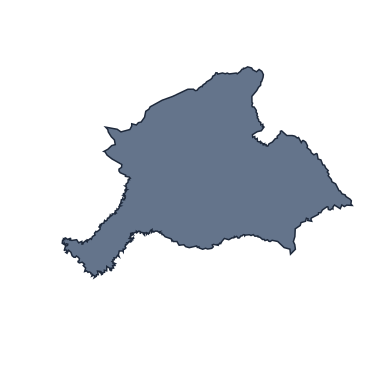 Mwinilunga, North-Western, Zambia (Robinson projection), rotated 65°
{"feature_id": "96606910B26185337086625", "entity_name": "Mwinilunga", "entity_type": "district", "adm_level": 2, "iso_a3": "ZMB", "parent_name": "Zambia", "parent_adm1": "North-Western", "projection": "robinson", "projection_center": [24.888, -12.156], "detail": "fine", "context": "isolated", "style": "filled", "palette": "slate", "viewbox_px": 384, "rotation_deg": 65, "n_neighbors": 0, "source": "geoboundaries", "source_scale": "gbopen_adm2", "svg_char_len": 6041}
<svg xmlns="http://www.w3.org/2000/svg" viewBox="0 0 384 384"><g transform="rotate(65 192 192)"><path d="M109.3,79.4L110.3,82.7L107.1,85.2L104.8,85.5L102.1,88.7L102.3,91.6L101.6,93.0L102.3,93.3L101.9,94.8L103.2,97.3L104.0,101.1L102.9,101.6L100.7,108.4L99.1,109.8L98.9,111.9L97.0,114.1L96.0,118.8L94.7,118.8L94.0,119.9L95.7,122.0L95.8,124.3L97.2,125.5L97.9,127.6L98.3,132.3L99.2,133.7L99.5,136.6L100.8,138.3L100.2,138.8L100.7,141.9L102.0,144.5L101.5,146.2L99.4,147.3L97.1,152.4L97.2,169.3L96.2,180.1L97.1,193.9L98.7,196.0L99.3,199.8L104.2,203.4L107.1,208.5L106.5,211.3L107.7,214.1L104.7,217.8L106.8,218.8L109.1,221.9L107.5,231.0L103.5,233.3L96.7,242.9L99.8,241.9L102.2,242.5L107.9,241.8L111.9,240.3L116.6,241.5L116.0,245.1L117.7,250.1L118.0,254.7L118.8,253.8L122.7,253.4L128.3,250.5L137.4,244.0L139.9,245.5L140.4,248.5L142.1,249.3L144.2,248.9L148.7,245.0L149.7,245.7L151.9,242.6L153.5,242.1L153.5,243.5L154.4,243.6L153.8,244.6L156.3,246.0L157.0,248.5L158.9,249.3L158.4,250.1L160.2,249.4L161.3,250.6L162.3,249.7L161.9,252.0L163.2,252.2L163.4,251.4L164.7,253.3L164.6,254.6L167.1,254.2L166.9,254.9L166.3,254.5L165.6,255.1L165.7,256.0L166.5,255.2L167.5,255.7L168.6,254.7L169.3,255.0L169.7,256.5L170.4,256.5L170.2,257.3L168.5,257.4L169.5,258.1L169.1,259.2L171.6,261.0L172.2,260.2L172.7,262.6L173.7,263.4L174.5,262.4L174.3,264.3L175.3,264.4L176.6,266.6L175.7,267.1L176.6,267.6L176.8,269.8L178.9,269.6L178.3,270.7L179.3,270.9L178.1,273.6L179.4,274.5L179.5,275.6L178.3,275.8L180.0,277.2L179.8,277.8L180.6,278.6L180.0,279.6L181.6,280.9L182.0,282.5L180.8,283.2L183.0,285.1L182.5,287.1L184.0,288.8L182.8,289.0L184.4,290.7L184.0,291.5L185.3,290.3L187.0,291.2L187.9,295.0L187.1,295.7L188.2,297.8L190.0,298.1L190.3,301.1L192.3,303.1L191.2,303.7L191.8,306.2L190.9,307.3L191.6,307.8L191.7,307.0L192.9,308.0L191.2,308.8L192.0,312.0L193.0,312.8L192.8,313.7L190.2,312.7L190.1,316.2L186.5,316.7L185.1,321.4L184.3,322.3L183.1,321.8L182.9,323.1L183.4,323.3L183.0,323.5L182.5,322.9L182.4,324.8L180.2,326.0L180.1,326.8L181.1,327.3L180.0,328.2L181.5,328.9L181.1,329.7L183.6,331.3L185.3,330.2L184.2,329.4L186.8,329.4L185.8,327.8L186.8,326.6L187.8,327.4L187.7,329.6L191.2,332.7L190.8,331.6L191.9,330.1L193.3,330.7L193.4,331.9L194.7,331.2L192.7,328.4L195.5,327.2L199.1,327.6L201.2,326.6L201.9,325.3L201.2,323.8L203.1,322.7L204.8,322.2L206.6,323.4L206.6,324.6L207.6,324.8L208.7,324.0L209.2,321.2L212.0,319.9L212.7,321.7L215.9,320.5L218.7,322.9L218.9,320.9L220.9,320.2L220.8,319.1L222.3,317.8L223.4,318.2L224.5,317.0L225.9,318.4L225.9,316.4L227.2,315.5L228.3,316.7L227.9,314.3L226.6,313.5L227.3,311.9L223.7,311.1L225.6,308.1L226.4,308.2L226.3,309.4L227.5,308.5L228.6,308.9L228.6,307.9L227.5,307.0L227.8,305.2L225.9,304.5L227.4,302.6L223.4,300.7L226.5,298.7L227.8,299.4L229.1,298.6L228.7,297.7L226.8,297.9L227.8,295.2L225.3,295.1L226.0,292.9L224.6,293.1L224.6,291.7L223.5,292.6L223.4,293.7L222.3,293.2L221.3,293.8L221.2,292.7L220.1,292.4L220.5,291.0L218.7,290.5L219.6,288.8L218.0,286.3L219.8,285.4L218.0,285.3L214.7,282.9L216.2,279.7L217.1,279.6L214.8,278.5L215.4,277.5L214.7,275.5L213.2,275.8L211.9,274.4L211.1,274.8L212.1,273.7L211.4,272.2L210.5,272.4L211.0,271.0L210.3,270.3L211.4,268.7L211.1,267.8L210.0,268.7L209.5,268.3L210.4,266.0L209.3,265.7L209.3,264.4L208.4,264.3L208.8,265.5L207.5,268.3L206.9,266.7L206.1,266.8L205.8,264.9L205.2,265.8L203.6,265.1L203.9,263.4L204.6,264.0L205.7,263.2L204.8,263.2L204.6,261.7L204.6,260.1L205.7,259.5L205.5,258.8L204.4,258.7L205.3,258.1L205.0,256.7L205.9,255.7L207.9,256.6L206.9,255.3L208.7,253.0L209.3,253.8L210.7,253.4L208.9,252.4L209.8,251.2L209.1,250.1L211.1,251.2L210.5,250.1L211.5,249.4L210.7,249.2L211.3,248.1L209.3,245.8L209.1,244.1L211.6,245.7L211.1,243.9L212.2,243.5L211.9,241.8L212.9,239.9L214.2,239.2L214.5,237.8L214.8,238.7L215.6,238.5L216.5,236.8L217.9,237.2L218.5,236.1L221.2,235.3L225.6,230.7L227.9,230.9L227.6,230.2L229.0,229.9L230.5,226.6L234.8,226.2L236.3,221.7L238.9,220.8L241.3,218.0L242.9,210.6L244.5,210.6L244.6,208.9L245.7,209.2L248.4,206.5L248.7,203.5L250.3,201.9L251.4,197.9L250.7,195.9L248.6,196.1L248.5,194.8L251.2,191.0L250.5,191.0L250.9,190.1L250.1,188.3L250.9,187.8L250.2,186.9L250.7,186.9L249.8,186.6L247.8,182.3L250.8,178.8L250.5,175.2L251.2,173.5L250.3,172.5L251.1,172.3L251.1,170.3L253.2,169.8L253.6,168.4L252.5,166.3L252.9,165.3L252.4,163.4L253.0,162.5L254.0,162.7L253.6,161.9L255.0,158.0L256.4,156.9L256.5,154.5L258.6,153.7L259.8,150.9L260.5,151.2L261.8,149.5L264.8,148.2L265.4,146.7L266.9,146.4L267.2,143.7L269.2,143.1L269.9,142.1L269.6,139.8L273.1,135.2L281.3,132.0L285.2,127.4L290.0,129.0L287.6,122.5L283.1,121.1L279.8,121.1L275.9,117.6L269.0,114.0L268.1,108.1L265.8,106.1L266.5,101.5L264.1,99.4L265.5,98.1L266.7,99.2L269.1,95.9L266.8,95.7L266.0,94.8L265.7,86.9L264.3,86.1L265.2,84.0L263.4,81.5L262.4,75.8L263.0,75.1L265.5,75.8L266.7,74.3L266.2,72.0L267.0,71.5L265.1,70.5L264.0,68.4L269.8,64.7L267.1,61.7L269.6,60.1L269.3,57.3L271.9,52.5L269.9,53.0L267.3,51.3L265.3,51.8L261.2,54.4L259.3,54.4L257.1,56.8L253.7,57.2L252.9,58.2L245.3,58.4L241.8,60.9L239.4,60.4L234.8,61.7L233.6,60.3L231.0,61.0L230.2,59.5L226.8,60.7L223.7,60.6L222.6,62.0L217.4,61.6L215.4,63.8L210.5,62.5L209.7,63.1L209.8,65.8L206.9,67.3L204.4,67.0L200.5,69.0L199.0,67.8L194.8,67.9L192.4,69.3L192.1,70.1L193.4,72.1L187.6,72.4L187.5,73.8L184.8,75.2L183.2,77.3L180.9,82.2L174.5,84.9L174.3,86.2L176.3,87.2L177.5,91.3L179.2,91.8L178.9,94.2L180.7,98.0L180.9,101.9L182.4,103.9L181.5,105.2L180.4,104.8L179.7,106.3L179.0,105.9L179.3,107.3L178.4,106.9L178.1,107.7L176.7,107.9L176.9,109.7L176.1,108.5L175.0,108.5L175.0,110.0L173.8,111.2L171.0,110.3L171.1,111.8L170.1,112.3L168.2,111.7L168.1,113.9L165.6,113.0L164.9,107.3L165.8,103.3L163.9,99.9L163.0,100.4L163.2,99.4L162.0,99.8L160.6,99.2L160.2,101.3L158.0,100.3L156.0,101.6L154.4,101.0L152.4,101.5L151.6,100.5L150.2,100.9L148.5,99.7L146.8,100.2L145.2,99.2L141.2,99.8L140.3,101.3L138.7,101.1L137.1,99.5L136.2,99.8L130.6,97.3L127.4,90.4L125.2,87.5L124.3,84.7L121.3,83.1L121.4,82.3L118.2,79.2L115.8,77.7L112.2,77.7L109.3,79.4Z" fill="#64748b" stroke="#1e293b" stroke-width="1.5"/></g></svg>